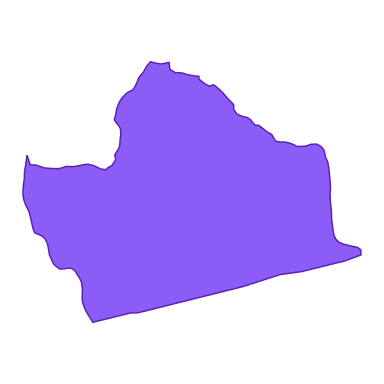 the district of Bomachoge Borabu, Nyanza, Kenya
{"feature_id": "3690345B98322463475232", "entity_name": "Bomachoge Borabu", "entity_type": "district", "adm_level": 2, "iso_a3": "KEN", "parent_name": "Kenya", "parent_adm1": "Nyanza", "projection": "orthographic", "projection_center": [34.745, -0.906], "detail": "fine", "context": "isolated", "style": "filled", "palette": "violet", "viewbox_px": 384, "rotation_deg": 0, "n_neighbors": 0, "source": "geoboundaries", "source_scale": "gbopen_adm2", "svg_char_len": 2193}
<svg xmlns="http://www.w3.org/2000/svg" viewBox="0 0 384 384"><path d="M198.8,76.3L194.3,75.9L187.6,74.7L181.5,72.8L175.2,72.6L172.7,71.0L169.9,69.3L169.0,62.4L161.5,64.0L156.2,63.3L150.5,61.7L146.6,66.3L143.4,72.1L138.9,77.5L136.4,83.8L133.9,88.3L132.5,90.0L129.1,91.7L127.5,92.6L125.8,94.0L121.9,98.0L119.2,102.4L117.1,107.6L116.4,110.3L116.0,113.3L114.3,119.8L115.7,121.9L117.0,123.6L119.4,126.7L120.5,129.2L120.8,134.7L120.1,139.7L120.0,142.4L119.4,146.9L118.2,149.4L116.2,152.5L114.7,155.1L115.7,159.7L113.5,163.0L111.9,165.6L108.3,167.4L106.0,169.7L100.8,169.0L99.1,168.3L97.2,167.2L94.0,165.8L91.2,164.9L87.3,164.3L84.5,164.5L81.2,165.2L77.7,165.9L72.8,166.7L66.3,166.4L61.5,168.0L57.9,168.7L51.9,168.5L44.7,168.0L38.7,166.0L36.5,165.1L32.8,165.0L30.2,164.6L27.0,155.2L25.8,164.1L25.0,169.0L24.6,171.0L24.4,173.4L24.4,178.0L24.0,181.3L23.6,183.6L23.0,189.7L23.1,194.8L23.3,197.4L23.7,199.4L25.8,205.3L29.1,211.8L30.6,217.9L31.2,220.4L31.7,222.9L33.0,228.5L34.0,231.1L34.9,233.0L38.9,234.5L41.3,235.7L44.5,238.1L47.0,242.5L48.2,247.0L48.7,250.4L49.5,255.0L50.7,257.7L53.3,263.6L55.3,265.7L59.6,269.0L62.1,269.0L64.9,268.7L70.5,267.9L74.7,270.4L77.7,275.1L80.1,279.2L81.2,281.6L81.7,283.5L82.4,289.1L82.4,291.4L82.3,293.9L82.2,299.5L82.6,302.1L83.4,304.8L85.6,310.5L89.6,317.2L91.2,319.8L92.9,322.3L130.3,313.0L137.8,312.8L154.1,308.8L172.2,304.2L195.5,298.4L234.8,288.6L243.9,286.3L280.0,274.6L301.6,271.6L344.9,260.9L361.0,254.9L360.7,249.7L357.5,247.4L353.3,246.5L348.9,245.5L343.3,244.1L339.1,242.3L335.6,239.0L333.7,234.4L333.0,229.5L332.3,224.6L331.6,219.2L331.4,211.1L330.5,203.2L330.0,194.6L330.5,187.4L330.2,182.5L329.8,177.8L329.3,173.2L328.8,168.0L327.7,162.0L325.6,157.3L324.7,153.1L323.7,149.6L320.9,146.4L316.7,144.1L310.7,144.3L305.8,146.2L300.9,146.4L296.5,146.4L293.5,144.5L289.7,143.1L285.1,142.0L280.5,142.1L275.4,141.0L274.0,138.5L271.6,134.3L267.2,132.0L262.5,128.2L258.6,125.2L255.5,125.4L252.7,122.6L250.4,119.6L247.2,117.5L242.3,116.4L236.9,114.0L233.7,109.4L233.7,104.7L230.2,101.0L227.6,98.4L225.0,95.4L222.5,92.4L219.0,89.1L216.4,86.8L213.2,84.7L209.9,86.3L205.5,84.2L202.2,81.7L199.1,79.3L198.8,76.3Z" fill="#8b5cf6" stroke="#5b21b6" stroke-width="1.5"/></svg>